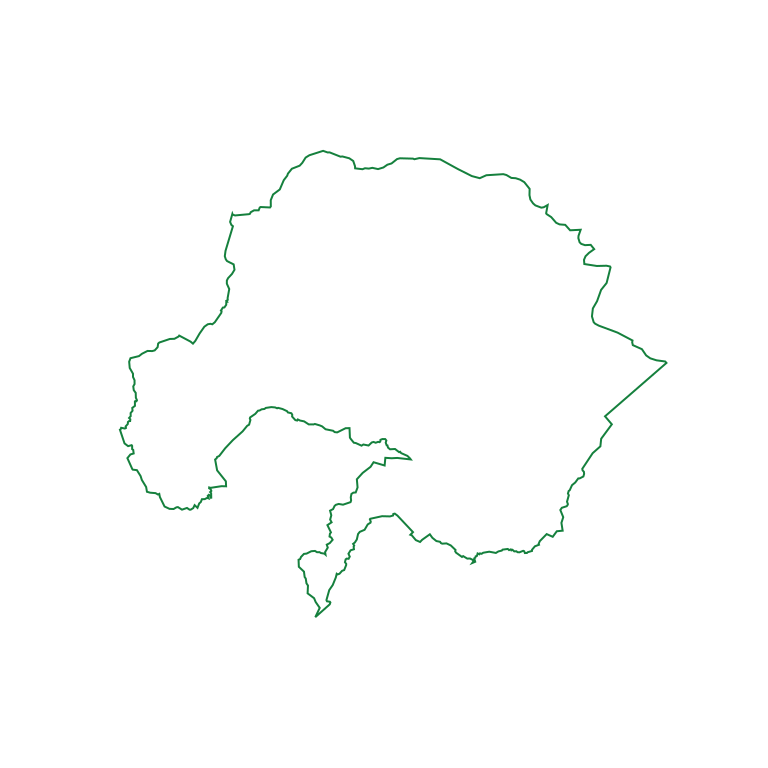 Latacunga, Cotopaxi, Ecuador, rotated 319°
{"feature_id": "8360857B97397633199247", "entity_name": "Latacunga", "entity_type": "district", "adm_level": 2, "iso_a3": "ECU", "parent_name": "Ecuador", "parent_adm1": "Cotopaxi", "projection": "mercator", "projection_center": [-78.651, -0.805], "detail": "fine", "context": "isolated", "style": "outline", "palette": "green", "viewbox_px": 768, "rotation_deg": 319, "n_neighbors": 0, "source": "geoboundaries", "source_scale": "gbopen_adm2", "svg_char_len": 6166}
<svg xmlns="http://www.w3.org/2000/svg" viewBox="0 0 768 768"><g transform="rotate(319 384 384)"><path d="M591.3,291.5L586.7,284.7L580.8,270.3L573.8,251.3L558.9,236.7L554.4,234.3L553.7,232.9L544.1,224.1L541.4,222.8L534.4,222.5L530.4,220.7L525.6,220.2L520.5,217.9L517.0,213.2L513.9,211.5L511.2,208.7L508.7,207.8L503.7,202.3L505.0,200.6L507.1,195.5L505.9,190.9L501.9,185.0L500.3,183.9L494.9,173.5L493.4,172.3L491.0,168.1L477.8,162.4L473.4,161.7L467.4,163.5L463.6,163.9L455.7,161.1L449.5,162.2L447.6,163.3L442.1,164.4L433.0,168.8L424.6,168.2L419.1,171.0L415.1,175.7L413.8,176.0L407.0,169.5L406.0,169.3L403.3,170.7L399.9,167.7L396.1,166.9L394.5,167.6L393.6,167.3L382.2,159.1L380.9,156.9L381.2,156.1L374.2,160.7L373.2,163.7L373.5,165.8L351.8,179.5L347.7,183.1L346.4,186.1L346.2,188.3L349.0,195.1L346.1,199.7L341.5,201.2L335.8,201.8L333.3,202.8L331.2,205.2L329.5,210.8L322.3,216.6L321.3,218.0L319.6,217.8L319.5,219.1L318.7,218.7L316.9,220.7L313.8,221.5L312.5,220.6L309.1,221.6L309.2,222.5L307.8,223.6L296.8,226.4L293.6,226.3L292.5,224.7L290.2,223.3L286.0,222.9L278.0,224.9L269.8,227.7L266.3,228.2L265.8,225.1L261.2,213.1L260.1,213.4L255.5,212.4L251.9,209.5L241.7,205.3L240.1,205.3L237.3,207.7L233.0,208.2L230.7,207.1L227.2,203.9L221.2,202.4L217.4,202.2L209.6,198.2L206.3,200.0L202.6,205.1L201.3,211.6L199.2,214.0L198.2,217.5L195.7,220.4L193.2,221.3L191.1,224.5L190.8,227.8L187.7,231.6L186.9,234.2L185.8,234.6L185.1,233.7L184.5,233.8L181.7,237.1L178.3,236.9L176.7,239.2L173.7,239.7L171.7,242.1L169.3,242.4L169.4,244.2L168.1,245.4L167.1,244.7L165.8,244.7L164.4,246.1L161.2,246.5L160.4,247.9L159.2,247.6L156.9,244.6L155.3,245.5L154.7,245.3L149.2,258.6L150.1,263.0L153.4,264.6L153.3,265.5L151.2,267.9L151.5,269.2L149.5,272.2L146.4,270.8L141.7,271.6L138.2,283.1L138.2,283.8L141.0,286.9L139.9,293.8L138.3,297.5L136.9,305.7L134.4,309.8L136.2,312.6L140.0,316.5L140.9,319.1L142.3,319.5L140.7,322.3L138.0,332.5L140.2,337.5L143.2,340.3L146.4,340.9L147.7,341.7L149.1,346.3L154.0,348.3L154.8,351.3L155.6,352.0L158.6,352.5L161.6,351.2L162.0,355.1L166.2,352.9L168.3,352.9L171.0,351.5L173.2,353.3L175.8,353.9L176.6,355.3L177.6,352.8L179.1,352.7L179.5,353.9L178.5,357.1L181.9,353.0L181.9,351.5L183.4,351.5L183.8,351.0L184.1,349.3L183.6,348.0L184.2,347.4L185.0,348.6L194.3,354.5L197.7,357.6L200.8,353.7L201.4,339.7L207.0,330.2L208.9,330.3L210.0,329.6L212.5,330.2L222.0,328.3L233.1,327.2L246.2,327.0L253.3,325.8L255.5,326.2L259.6,323.5L260.0,322.1L261.0,321.4L267.3,322.1L271.4,321.5L272.8,322.4L275.0,322.8L277.4,324.4L279.1,324.5L283.8,327.5L286.5,330.3L287.4,332.2L288.4,332.5L291.0,336.3L293.0,340.9L292.8,342.4L294.9,345.3L294.6,347.0L293.3,348.3L293.4,353.1L294.5,354.6L295.7,354.2L296.6,356.4L299.2,359.8L300.7,365.1L304.3,368.3L305.6,368.8L308.3,373.0L309.5,375.4L310.2,379.8L314.9,385.9L315.2,387.9L316.9,389.8L326.1,392.2L329.0,394.7L323.1,402.1L322.9,403.3L322.7,408.5L324.0,410.1L326.6,415.8L328.7,416.1L332.0,420.3L336.4,420.1L338.1,420.9L339.2,422.9L341.6,423.8L342.5,425.0L343.4,425.0L344.7,423.8L346.7,424.5L348.8,426.4L348.7,428.2L346.8,429.4L345.8,432.0L346.3,432.6L345.3,434.6L345.7,437.2L349.7,440.3L350.7,445.4L351.7,445.7L351.6,447.4L354.5,453.6L354.8,457.2L354.7,458.5L345.5,448.5L341.0,445.0L336.6,440.6L331.0,445.9L324.8,436.2L319.5,437.7L309.6,437.1L301.0,438.1L296.2,444.7L291.5,447.3L289.6,445.9L287.3,445.6L284.6,447.7L282.7,450.4L281.2,451.2L273.9,448.2L271.1,444.8L268.4,443.6L266.7,443.6L263.5,445.0L260.2,444.2L258.1,448.5L254.4,451.0L253.7,454.0L248.7,453.4L246.6,461.2L245.0,461.5L242.8,463.4L243.5,465.3L243.0,467.9L238.6,468.5L235.4,467.7L234.2,470.6L229.3,472.2L227.9,474.4L227.7,472.9L225.5,470.2L225.0,468.6L223.1,467.0L222.4,464.7L219.4,462.5L214.3,461.2L212.1,459.7L207.8,460.1L205.9,461.1L204.2,460.6L199.8,466.1L200.5,473.1L197.5,477.6L197.3,479.5L194.7,483.6L194.4,486.2L189.0,491.9L190.7,499.8L189.4,503.7L188.6,510.8L179.2,514.9L198.5,514.7L200.2,513.7L200.3,512.8L198.4,510.6L198.8,509.3L207.5,503.6L213.4,502.1L220.7,498.4L223.8,496.2L224.1,497.3L225.9,498.0L229.8,497.5L231.9,498.3L236.7,495.8L237.5,494.9L237.6,492.9L240.0,491.2L241.3,491.3L242.6,492.7L244.9,491.8L245.8,488.8L249.7,487.6L252.9,489.0L254.4,486.8L255.5,486.4L255.8,484.4L258.0,484.5L261.5,483.5L266.0,480.2L268.7,479.7L273.7,481.3L279.6,479.3L282.8,479.8L283.7,479.2L284.6,476.8L285.2,476.7L295.8,482.5L301.7,487.9L304.6,489.2L305.8,488.2L307.1,488.9L307.8,492.1L308.7,514.8L305.0,515.1L305.7,516.4L305.6,522.7L307.6,526.9L310.5,526.6L320.0,527.5L319.6,531.8L320.5,536.9L322.8,539.9L322.6,541.4L323.2,542.7L326.6,545.3L328.5,549.7L329.1,556.2L328.0,556.9L327.7,558.5L329.4,565.7L330.8,565.8L332.3,570.4L334.4,572.1L335.7,575.2L334.9,576.6L333.2,577.0L336.2,578.0L337.7,574.8L339.0,575.0L340.1,574.2L341.4,574.7L343.5,573.3L344.3,575.1L345.3,574.8L346.3,576.2L348.1,576.4L353.4,579.6L357.6,584.9L360.5,585.4L363.6,587.0L364.8,586.8L369.2,589.7L369.4,591.4L371.2,592.0L371.0,593.1L372.2,593.4L372.5,595.8L374.2,597.1L374.4,598.5L375.8,599.9L379.6,601.2L380.1,602.2L379.4,604.0L381.0,605.3L382.0,605.2L386.2,607.1L387.0,606.2L391.4,605.5L395.5,607.0L395.8,606.1L398.5,604.8L408.3,604.0L411.1,610.0L417.8,608.5L422.6,611.9L426.8,605.2L431.9,602.1L434.4,594.8L437.0,594.1L441.7,596.1L443.1,595.8L444.0,595.3L444.9,592.9L450.5,589.2L451.0,587.3L453.2,585.9L454.5,586.0L459.5,583.7L463.7,583.8L468.7,582.7L469.7,583.6L473.8,584.6L476.1,583.1L477.3,581.3L477.2,579.5L478.0,578.1L496.1,573.1L506.4,573.0L512.0,567.8L529.5,563.9L529.6,553.4L611.0,553.4L611.0,551.5L605.2,544.9L601.8,539.3L600.6,534.4L601.5,526.9L597.3,517.9L598.7,515.3L600.1,514.2L594.0,498.5L584.4,480.9L582.9,477.0L582.8,474.9L585.3,469.4L591.2,464.0L599.1,461.3L609.6,455.4L618.3,453.8L631.5,444.6L631.7,443.6L629.5,440.7L622.1,434.6L613.9,424.9L616.4,421.5L619.9,419.8L624.7,419.5L631.1,420.1L631.3,414.6L626.8,411.1L624.8,407.7L624.6,405.4L626.4,401.4L628.0,399.8L633.6,396.6L625.3,390.1L625.2,382.8L621.2,378.7L619.7,375.3L619.7,367.7L618.2,362.4L618.4,361.5L624.9,356.3L620.5,355.4L618.4,354.1L615.4,348.5L615.0,345.5L615.5,340.8L617.7,336.9L621.9,332.3L622.3,323.7L620.8,319.1L618.4,315.1L615.3,312.0L613.5,306.6L611.7,303.9L598.2,293.6L591.3,291.5Z" fill="none" stroke="#15803d" stroke-width="2"/></g></svg>